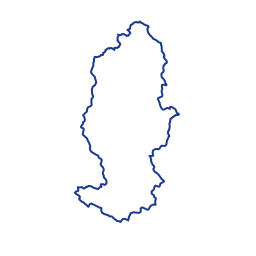 Canta, Lima, Peru (Equal Earth projection), rotated 137°
{"feature_id": "86281439B11462215509346", "entity_name": "Canta", "entity_type": "district", "adm_level": 2, "iso_a3": "PER", "parent_name": "Peru", "parent_adm1": "Lima", "projection": "equal_earth", "projection_center": [-76.765, -11.534], "detail": "fine", "context": "isolated", "style": "outline", "palette": "blue", "viewbox_px": 256, "rotation_deg": 137, "n_neighbors": 0, "source": "geoboundaries", "source_scale": "gbopen_adm2", "svg_char_len": 5816}
<svg xmlns="http://www.w3.org/2000/svg" viewBox="0 0 256 256"><g transform="rotate(137 128 128)"><path d="M190.8,60.6L190.6,60.8L189.5,61.0L188.2,62.2L187.6,62.5L186.2,62.8L184.2,63.9L183.7,63.4L182.1,63.1L181.8,62.9L177.9,58.5L176.6,58.1L176.1,58.1L174.8,59.1L174.4,59.4L173.9,60.3L173.5,60.6L171.9,60.3L171.6,60.1L171.2,58.9L170.5,57.5L170.1,56.1L168.9,54.5L168.2,54.5L166.1,55.3L164.9,55.5L163.0,55.3L161.7,54.8L160.4,53.2L160.1,53.2L158.3,55.8L156.3,56.9L155.8,57.4L155.5,57.9L156.0,59.3L156.0,59.6L155.0,60.8L155.4,63.5L154.8,64.8L154.3,65.3L153.8,65.5L151.5,65.3L150.8,65.6L148.8,66.9L147.2,67.1L145.5,64.0L144.9,63.8L143.6,64.3L142.7,65.0L141.8,65.2L139.0,64.4L138.0,64.5L138.0,66.4L138.2,68.1L137.5,72.3L137.5,74.6L138.2,77.5L138.1,79.1L137.6,80.5L137.3,80.8L136.1,81.1L135.4,81.5L135.0,82.7L135.0,84.4L133.8,88.0L133.5,88.4L132.9,88.7L132.6,89.1L131.5,91.5L131.3,92.6L130.4,92.0L129.1,90.9L128.5,90.7L128.2,90.9L126.8,93.2L125.2,94.4L124.1,94.4L122.0,93.7L121.3,93.1L120.7,92.1L120.1,91.6L118.6,91.5L116.8,92.1L115.8,92.1L114.9,91.6L114.1,90.5L113.4,89.9L112.9,89.6L112.0,89.5L110.9,90.0L109.5,91.2L106.9,92.8L106.1,93.0L103.9,94.0L103.5,93.9L102.7,95.3L102.8,95.6L102.7,96.2L102.3,96.9L101.6,97.6L100.5,98.4L99.6,98.3L98.6,99.2L97.9,99.5L97.5,99.9L96.2,100.8L95.0,102.7L93.8,103.5L92.6,103.8L92.4,104.3L92.0,104.8L90.9,105.6L90.1,105.6L89.6,105.3L89.0,105.6L88.4,105.4L87.1,105.4L86.7,105.1L86.2,105.3L85.2,104.9L84.4,105.0L83.5,104.6L83.2,103.9L82.6,103.4L81.7,103.3L81.4,103.4L81.7,105.4L81.7,106.3L80.7,108.9L80.7,109.7L81.4,112.7L81.8,113.8L82.3,114.3L82.8,114.6L83.2,114.6L84.3,113.6L84.7,114.1L85.4,115.7L85.8,116.1L88.7,116.8L89.8,117.4L90.0,117.8L90.1,119.2L89.7,121.0L88.8,123.1L87.6,125.2L86.2,129.1L85.7,129.3L85.2,129.2L82.2,128.0L81.3,128.0L80.9,128.2L79.6,129.7L78.8,131.4L77.7,132.5L76.6,132.9L75.3,134.8L74.5,135.8L73.9,136.2L73.5,136.2L71.8,134.7L71.1,133.3L70.9,133.2L70.5,133.3L70.2,133.7L70.0,135.3L69.2,136.8L68.9,137.6L68.6,139.9L68.7,141.6L68.6,142.2L68.3,142.9L66.6,144.8L66.2,144.9L63.6,145.0L62.6,145.8L61.6,147.5L61.0,148.1L59.6,149.2L59.1,149.4L58.0,149.3L56.9,149.8L56.2,149.4L55.3,149.3L54.5,149.8L54.3,150.2L53.9,151.5L53.9,153.5L53.6,155.3L53.4,155.6L52.2,155.8L52.1,156.4L51.3,157.6L51.1,158.5L51.2,159.6L50.9,160.4L50.9,161.2L49.8,162.1L49.1,163.3L47.5,164.9L47.3,166.0L46.0,167.6L46.1,168.3L46.7,169.0L47.2,170.0L47.2,171.7L47.9,174.3L48.7,175.9L48.5,176.6L48.6,177.6L48.4,179.5L48.7,180.3L48.7,181.0L48.3,182.9L48.3,183.9L48.0,184.4L47.8,184.6L47.7,185.0L46.7,186.7L46.3,187.2L45.5,187.6L44.5,187.7L44.0,188.0L43.7,188.8L44.1,189.4L44.2,190.0L44.7,190.6L45.0,191.6L45.6,192.8L45.8,193.5L45.8,194.4L46.7,196.2L46.7,197.6L47.2,197.5L47.9,197.8L48.1,198.1L48.7,198.2L49.6,199.7L50.7,200.5L52.3,201.1L53.7,200.8L54.4,201.2L55.0,201.1L55.7,201.5L56.6,201.0L56.9,200.7L57.7,200.2L58.7,199.3L59.4,199.3L60.3,199.6L60.7,199.9L61.4,200.0L61.2,197.9L61.5,196.0L62.3,196.0L63.2,195.5L64.7,195.3L65.2,195.9L65.8,195.9L66.1,196.2L66.2,197.4L67.2,199.8L67.9,200.0L68.5,200.9L69.4,200.8L70.4,201.2L71.6,202.8L71.8,202.3L72.7,201.6L74.0,201.2L74.8,200.5L75.6,199.1L76.0,199.0L76.0,197.9L76.3,197.5L76.1,196.4L76.3,194.7L77.9,194.1L78.3,193.8L78.7,193.9L79.2,193.5L80.4,194.0L81.0,193.8L81.4,194.0L81.7,194.5L83.4,195.7L83.7,195.5L84.2,194.9L84.7,194.6L85.0,195.7L85.1,196.4L85.9,198.3L86.2,198.5L87.3,198.6L87.5,198.9L87.6,199.4L88.0,199.8L89.8,200.2L90.5,199.9L91.1,200.3L91.5,200.2L93.2,199.3L95.0,199.8L95.3,199.4L95.8,199.3L96.5,198.6L98.1,199.9L98.9,199.6L100.4,199.9L100.9,200.4L102.0,200.8L102.6,201.5L103.1,201.6L103.7,202.6L104.0,202.6L106.0,201.5L106.9,200.3L109.0,199.2L110.8,197.3L112.3,196.5L113.6,196.2L114.2,195.7L116.0,194.8L116.9,194.1L117.3,193.1L117.5,187.9L118.1,187.0L119.6,183.9L120.2,182.9L121.3,182.6L122.8,181.8L124.1,182.1L125.8,182.1L128.1,180.9L131.0,177.3L131.6,175.4L132.3,174.5L132.9,174.3L134.3,174.3L135.1,174.0L137.1,171.8L137.6,171.5L138.6,169.9L139.0,169.7L139.6,169.5L140.6,169.5L142.2,170.1L143.6,170.4L144.5,170.0L146.8,168.2L147.4,168.0L149.7,168.1L151.3,167.9L151.9,168.0L152.3,167.3L152.4,166.3L152.6,165.5L153.6,163.9L154.4,163.1L155.3,162.6L156.7,162.9L158.0,161.7L159.8,161.5L161.4,161.0L161.6,160.8L161.8,159.9L161.1,158.8L161.2,157.2L161.4,157.0L162.4,156.5L163.3,155.7L164.9,154.7L165.5,154.0L165.5,153.2L165.1,148.2L166.2,145.7L166.5,143.8L167.2,142.6L167.4,141.7L168.2,140.1L169.5,139.6L170.0,138.5L170.7,137.6L170.9,137.0L171.0,136.3L170.8,135.8L171.0,134.8L170.7,134.2L169.2,129.3L168.7,128.4L168.6,128.1L169.4,126.8L169.5,126.1L169.4,125.2L168.8,123.9L168.8,123.3L168.9,122.8L169.3,122.3L170.9,121.0L171.4,120.7L172.5,120.5L172.7,120.3L173.2,118.8L173.2,116.4L173.6,115.0L173.9,114.4L174.7,113.6L176.8,112.7L177.1,112.3L177.9,110.9L178.4,109.4L178.8,109.2L179.1,108.9L179.3,107.5L179.4,105.0L180.8,102.7L181.8,102.2L183.0,102.1L183.5,102.2L184.0,102.5L184.2,102.9L184.4,103.7L186.2,105.3L186.6,105.1L187.2,104.2L187.5,103.3L187.7,103.1L189.2,103.9L191.4,103.8L192.6,105.3L193.4,107.1L194.0,108.0L194.4,109.7L194.6,110.2L195.9,112.1L196.5,112.6L197.8,112.7L199.1,113.5L199.5,113.3L201.6,113.8L202.1,116.3L203.4,117.1L204.4,118.0L205.0,118.8L205.3,118.7L206.8,116.3L207.2,116.1L207.7,116.1L209.1,116.9L210.9,116.9L211.0,115.6L209.9,111.7L210.1,111.4L210.1,110.6L210.3,110.3L211.0,109.8L211.7,109.8L212.1,109.3L212.3,108.5L211.9,105.1L211.4,104.3L211.3,103.6L210.8,99.3L210.8,97.6L210.3,97.4L209.2,98.0L208.1,98.3L206.9,98.1L206.5,97.9L205.2,95.0L203.4,89.9L202.9,88.8L202.2,88.0L202.2,87.6L202.4,87.3L203.2,86.4L204.0,85.8L204.8,83.6L204.7,83.0L204.2,82.5L204.1,81.6L203.1,79.5L201.8,77.6L201.9,76.6L201.6,75.8L200.1,74.3L200.0,70.8L199.9,70.2L199.6,69.4L199.4,67.5L198.2,66.3L197.8,64.8L197.5,64.4L196.9,64.4L195.9,64.8L194.3,64.9L193.7,64.8L193.0,64.4L192.1,63.3L190.8,60.6Z" fill="none" stroke="#1e3a8a" stroke-width="2"/></g></svg>